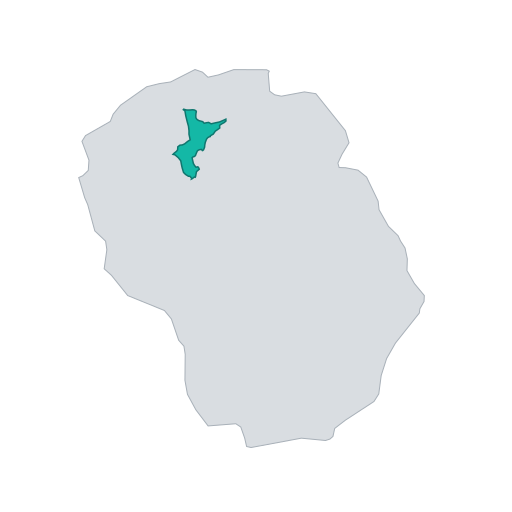 Drugovo highlighted on a map of North Macedonia, rotated 77°
{"feature_id": "MKD-2953", "entity_name": "Drugovo", "entity_type": "Statistical Region", "adm_level": 1, "iso_a3": "MKD", "parent_name": "North Macedonia", "parent_adm1": "", "projection": "orthographic", "projection_center": [20.913, 41.469], "detail": "fine", "context": "in_parent", "style": "filled", "palette": "teal", "viewbox_px": 512, "rotation_deg": 77, "n_neighbors": 0, "source": "natural_earth", "source_scale": "10m", "svg_char_len": 2369}
<svg xmlns="http://www.w3.org/2000/svg" viewBox="0 0 512 512"><g transform="rotate(77 256 256)"><path d="M230.2,124.7L238.6,125.7L256.9,120.3L268.2,113.0L274.0,111.8L281.7,109.0L292.9,109.2L304.2,112.2L318.4,107.9L332.4,100.9L338.1,102.5L344.3,108.2L348.3,109.7L372.2,139.7L385.3,151.8L400.6,160.9L418.0,167.4L424.3,173.8L436.1,205.9L441.7,218.1L449.1,221.6L451.0,225.1L451.4,229.8L443.7,252.8L441.5,303.9L439.5,308.0L430.8,308.0L419.2,309.3L414.9,313.4L410.8,340.9L392.3,349.2L375.4,353.9L361.1,353.2L335.9,347.1L327.7,346.5L320.7,350.3L298.3,352.6L288.5,357.5L265.7,389.9L242.3,401.2L234.3,406.8L216.3,399.9L207.7,399.2L195.3,407.4L168.1,408.4L160.7,409.8L139.7,411.1L138.8,406.7L134.9,400.2L125.1,397.2L105.1,399.8L100.3,395.0L92.1,367.7L85.7,363.3L78.6,354.1L66.5,324.4L66.3,311.4L67.2,300.1L60.6,273.5L64.8,266.8L71.0,262.6L71.1,251.9L69.4,235.7L76.9,203.8L78.9,201.5L80.8,203.0L98.5,205.6L103.1,201.6L106.0,195.3L107.0,171.9L111.3,161.2L154.0,140.7L166.6,139.9L176.2,149.3L183.9,155.3L188.5,155.1L190.1,149.0L195.3,137.3L204.0,130.5L229.9,124.7L230.2,124.7Z" fill="#d9dde1" stroke="#a8b0b8" stroke-width="1"/><path d="M115.9,254.6L117.7,254.9L118.8,256.9L119.5,259.5L120.5,262.1L123.1,262.5L124.2,265.0L125.2,267.6L127.6,270.2L128.3,272.5L128.7,273.5L129.3,273.7L129.3,274.5L129.7,276.1L130.6,277.5L131.7,278.4L134.0,279.9L136.2,280.9L138.4,281.6L140.7,283.2L141.3,284.3L141.2,284.6L139.9,285.1L139.7,286.9L139.9,288.4L140.5,289.6L142.8,291.3L144.5,292.4L145.2,293.6L145.2,294.8L145.8,296.1L147.3,296.2L149.8,296.2L151.7,296.2L153.8,295.6L156.0,294.5L156.0,292.6L157.5,291.9L158.7,291.8L159.3,292.9L160.4,295.0L162.4,295.9L164.8,296.9L165.6,297.5L165.2,298.3L166.3,300.7L166.5,301.6L165.8,301.2L163.5,302.4L163.1,303.9L160.7,306.3L158.3,307.8L153.7,308.1L150.6,308.1L146.3,307.9L142.7,309.6L139.2,312.2L138.3,314.0L137.5,312.8L136.1,309.9L134.9,308.5L132.0,307.6L130.9,305.2L131.2,302.9L130.7,300.3L129.0,296.9L128.0,294.0L127.3,294.0L122.2,293.9L118.9,293.1L114.2,292.6L110.3,292.8L103.4,292.9L98.5,292.6L97.1,293.9L96.7,293.4L98.0,291.1L98.4,289.7L98.9,287.3L99.2,285.1L99.8,283.3L100.9,281.9L102.1,281.7L102.8,282.1L103.5,282.4L105.3,283.0L107.7,283.5L109.7,282.8L111.3,281.1L113.1,277.7L115.0,276.6L115.0,274.1L115.2,272.1L117.1,270.0L117.1,267.4L117.1,265.3L117.2,261.4L116.2,255.9L115.9,254.6Z" fill="#14b8a6" stroke="#0f766e" stroke-width="1.5"/></g></svg>